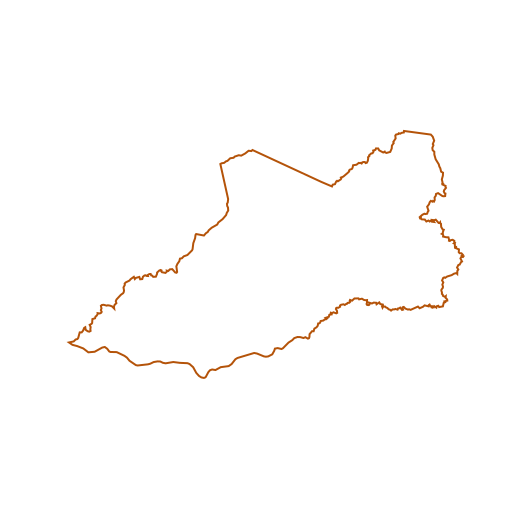 Nova Crixás, Goiás, Brazil, rotated 253°
{"feature_id": "56859067B29339668387450", "entity_name": "Nova Crixás", "entity_type": "district", "adm_level": 2, "iso_a3": "BRA", "parent_name": "Brazil", "parent_adm1": "Goiás", "projection": "orthographic", "projection_center": [-50.603, -14.03], "detail": "fine", "context": "isolated", "style": "outline", "palette": "amber", "viewbox_px": 512, "rotation_deg": 253, "n_neighbors": 0, "source": "geoboundaries", "source_scale": "gbopen_adm2", "svg_char_len": 6120}
<svg xmlns="http://www.w3.org/2000/svg" viewBox="0 0 512 512"><g transform="rotate(253 256 256)"><path d="M163.7,277.4L163.9,279.5L161.8,281.5L161.9,282.6L162.9,283.4L165.6,284.4L167.7,287.6L167.2,289.1L169.5,290.6L170.1,293.0L171.2,294.6L173.3,295.7L173.1,296.8L173.5,297.8L174.9,298.8L174.6,301.6L175.3,303.2L175.0,304.5L175.5,305.7L176.5,304.8L176.6,307.9L178.3,308.9L178.1,310.9L179.1,310.5L179.9,311.0L179.1,312.1L179.5,313.6L177.7,316.0L177.9,317.0L179.9,317.4L181.9,316.9L182.8,317.5L182.9,318.4L182.4,319.4L182.9,321.6L184.1,321.9L184.5,323.1L184.2,325.6L183.2,326.6L183.7,327.8L183.7,329.1L184.4,329.8L184.0,331.5L184.6,332.6L185.6,332.4L186.5,333.1L185.2,334.8L186.6,337.7L185.5,341.6L184.4,341.9L184.2,344.8L182.4,346.4L181.6,348.0L181.4,349.3L178.7,348.4L177.8,347.7L176.8,347.9L176.2,349.0L176.2,350.0L176.8,350.6L178.4,350.4L176.7,353.0L177.0,355.0L176.1,357.3L174.6,357.2L175.6,360.3L173.7,360.8L172.5,363.1L171.5,363.0L171.1,361.8L169.6,361.9L170.3,362.6L170.0,364.6L168.9,365.2L167.8,366.5L166.3,367.2L165.5,368.4L164.3,369.2L165.0,371.0L164.5,372.6L164.6,373.8L163.3,375.7L164.3,376.5L164.1,377.6L164.5,378.8L161.7,379.9L161.7,380.9L163.3,380.8L164.1,381.3L164.1,382.4L162.0,383.5L160.3,385.7L160.3,386.8L159.3,388.1L160.3,396.1L158.2,397.2L158.6,400.8L159.5,402.8L157.4,406.3L158.5,406.8L158.8,407.8L157.3,408.1L156.7,409.1L155.6,408.8L155.0,409.7L155.9,410.5L155.1,411.1L155.9,411.8L153.9,413.4L155.1,414.2L155.1,415.8L153.6,416.2L153.2,420.0L156.3,421.8L156.5,423.3L157.5,423.0L157.4,425.9L158.6,426.1L160.6,425.1L162.1,425.7L161.7,424.7L163.3,423.1L164.4,423.3L165.4,422.7L166.9,423.2L168.7,423.1L169.6,423.5L171.0,425.4L172.3,425.9L174.1,425.8L176.0,427.4L178.2,426.8L180.3,428.6L180.5,429.8L179.8,430.5L180.5,432.8L180.5,437.5L181.2,440.2L181.1,442.6L180.0,443.2L182.9,444.2L183.9,445.5L186.2,444.9L188.3,447.0L188.2,448.2L190.3,450.4L190.5,451.4L193.9,450.8L194.6,451.5L195.2,452.2L194.5,453.6L195.1,454.4L196.3,453.1L196.8,454.1L198.5,453.3L199.1,451.6L200.3,451.0L203.0,452.0L205.0,449.5L206.0,449.9L206.0,448.8L209.6,449.7L210.2,449.0L210.6,450.1L211.5,449.7L212.5,450.1L214.0,448.8L214.2,447.1L213.7,445.7L214.2,445.0L215.0,445.4L217.6,445.5L218.3,443.4L219.9,440.6L220.9,441.1L222.0,441.0L222.8,440.2L223.1,441.3L224.1,441.6L226.2,443.2L226.7,442.3L229.6,441.6L232.8,442.3L233.4,441.7L234.4,441.9L233.9,441.1L234.2,440.3L238.2,438.5L238.1,437.0L238.8,435.4L236.5,436.2L237.4,434.2L238.9,433.9L238.2,432.2L239.5,431.3L239.2,429.0L241.5,428.1L242.6,425.2L243.4,424.6L244.5,424.9L244.3,423.9L245.3,423.9L246.8,427.2L247.2,429.4L246.6,430.2L246.4,432.0L248.3,433.4L248.8,434.2L253.1,434.1L254.8,436.5L256.7,437.9L257.6,439.3L256.4,440.6L256.9,441.3L256.0,442.1L257.3,443.3L259.8,443.9L261.0,445.5L262.7,446.3L262.9,448.5L258.8,451.8L258.2,453.1L258.0,454.4L260.3,455.4L260.7,454.8L262.7,454.4L263.9,455.1L265.6,457.6L266.6,457.4L267.6,457.8L269.8,455.3L270.3,456.0L271.0,455.4L271.7,455.9L274.9,456.1L278.2,458.2L281.0,459.2L282.5,457.7L286.1,457.9L287.9,457.5L290.2,457.6L296.0,456.1L300.9,456.2L303.6,457.0L305.5,455.9L307.8,456.2L310.1,458.1L311.4,457.8L314.2,460.1L318.4,459.9L321.0,458.7L332.3,434.1L330.9,433.5L331.2,431.2L330.8,429.8L331.6,428.4L331.0,427.9L331.2,425.4L330.4,424.4L327.6,423.9L324.9,420.6L323.7,420.7L321.9,418.3L319.1,417.2L316.3,414.8L316.4,410.9L317.4,409.7L318.2,409.6L317.8,407.9L321.0,404.7L323.1,404.3L323.8,402.2L322.6,401.2L322.6,398.9L321.4,398.9L320.2,397.5L320.4,396.2L319.2,393.6L318.3,393.5L317.7,392.0L316.7,391.9L314.4,390.8L312.8,389.3L312.8,388.0L314.0,387.6L314.4,386.5L314.5,385.2L313.6,384.1L314.4,383.5L314.4,382.6L315.0,381.5L313.9,378.8L314.4,375.4L312.1,374.1L311.2,373.1L311.1,370.8L310.5,370.0L309.6,369.8L308.6,367.8L306.4,362.7L306.2,360.2L305.5,360.4L304.5,359.5L303.5,356.1L304.2,355.5L303.8,354.5L301.6,352.5L301.8,350.2L300.3,349.0L307.7,340.2L358.4,283.6L357.7,282.3L358.8,279.7L357.2,275.6L356.3,271.2L357.4,269.0L357.3,264.7L356.5,263.3L357.0,259.9L355.3,256.5L355.3,255.0L354.4,252.8L354.7,250.2L354.4,248.8L318.6,246.0L315.4,244.6L314.4,243.5L312.2,243.1L310.5,243.4L307.6,242.7L305.7,240.6L303.9,239.4L301.0,234.8L299.1,229.8L297.4,228.1L296.0,221.9L294.4,218.3L293.1,216.9L292.4,214.7L290.8,212.2L294.5,205.2L293.8,204.3L290.9,203.0L286.6,199.8L281.0,197.3L280.1,196.5L277.0,190.7L276.8,186.8L275.5,184.5L275.7,182.5L273.4,181.1L271.5,178.6L269.4,176.8L263.8,175.9L263.2,175.1L263.9,173.9L267.9,172.1L268.4,169.7L267.3,167.7L268.1,166.4L267.2,166.3L266.3,164.5L268.0,161.3L269.1,160.9L269.8,161.4L270.5,160.7L270.4,159.3L269.1,156.6L267.9,156.2L265.5,154.2L266.1,151.6L267.6,151.0L268.1,150.1L269.6,150.0L269.9,148.7L269.4,146.6L268.5,146.7L268.9,145.6L270.0,144.4L269.9,143.4L269.2,141.8L267.2,140.5L267.6,138.4L270.1,138.3L270.2,134.7L269.4,133.4L271.8,133.1L270.5,129.3L269.5,127.8L268.8,123.6L268.0,122.3L266.7,122.1L264.7,120.1L261.6,119.7L260.2,119.0L259.3,118.1L258.4,115.4L255.2,109.9L253.8,108.7L251.7,108.7L250.7,106.6L249.1,105.3L247.2,105.0L249.9,103.6L251.2,101.9L252.2,99.9L252.2,98.7L253.9,96.0L254.2,94.3L253.7,93.1L251.0,92.9L249.6,91.8L247.7,92.1L247.0,91.4L246.7,89.8L247.7,87.8L246.7,87.6L245.4,86.0L245.0,84.8L243.5,83.9L243.5,81.1L239.8,79.7L239.2,78.9L238.8,76.8L236.4,77.1L234.5,76.2L232.7,75.9L232.4,74.4L233.2,73.1L235.2,71.5L237.8,71.9L237.5,70.7L235.1,68.7L233.9,66.9L234.5,65.1L229.6,62.0L228.8,60.9L228.9,59.1L227.6,56.7L228.0,51.9L224.7,54.5L222.1,58.7L218.1,63.8L212.9,67.5L211.6,73.7L213.4,82.2L213.2,84.8L210.8,86.6L207.7,87.7L206.8,88.7L204.8,94.7L199.0,101.0L196.5,102.9L192.8,104.4L186.8,109.2L185.9,110.8L184.0,121.0L183.9,123.3L184.5,127.1L184.0,131.0L183.1,133.6L181.1,135.7L179.8,138.2L178.8,145.9L176.1,151.9L173.5,159.2L172.1,160.9L168.0,163.4L161.7,164.7L158.0,166.4L155.9,168.2L154.7,170.4L154.6,171.4L155.0,172.6L158.9,176.5L160.2,178.6L160.3,180.9L158.8,183.9L160.0,189.8L158.7,197.7L159.8,201.1L163.3,206.1L163.9,208.5L163.8,225.9L162.4,228.5L157.7,234.2L156.8,236.0L156.4,238.3L157.2,242.8L160.0,245.7L161.9,247.0L161.6,249.8L159.6,253.2L159.9,254.8L163.7,261.8L164.9,266.1L166.3,268.6L166.4,272.0L165.5,274.6L163.7,277.4Z" fill="none" stroke="#b45309" stroke-width="2"/></g></svg>